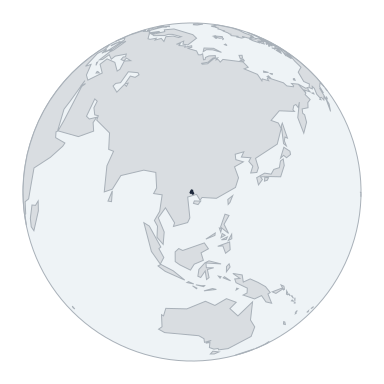 Lạng Sơn highlighted on a globe, orthographic projection, rotated 22°
{"feature_id": "VNM-454", "entity_name": "Lạng Sơn", "entity_type": "Province", "adm_level": 1, "iso_a3": "VNM", "parent_name": "Vietnam", "parent_adm1": "", "projection": "orthographic", "projection_center": [106.647, 21.903], "detail": "fine", "context": "on_globe", "style": "filled", "palette": "slate", "viewbox_px": 384, "rotation_deg": 22, "n_neighbors": 0, "source": "natural_earth", "source_scale": "10m", "svg_char_len": 11451}
<svg xmlns="http://www.w3.org/2000/svg" viewBox="0 0 384 384"><g transform="rotate(22 192 192)"><circle cx="192" cy="192" r="169" fill="#eef3f6" stroke="#a8b0b8"/><path d="M347.6,252.7L347.3,253.8L347.2,254.0L347.6,252.7ZM275.1,44.9L269.8,42.6L270.9,46.5L276.8,50.9L271.2,47.8L286.1,59.0L290.3,65.4L282.2,56.4L278.7,54.2L279.8,57.3L276.5,55.8L275.1,56.6L271.1,54.7L266.6,50.1L263.9,49.0L264.9,51.3L261.4,51.3L260.4,47.9L254.2,47.7L245.6,41.1L246.3,35.5L238.1,32.1L229.8,27.6L227.1,27.2L222.3,25.9L217.4,25.1L217.2,25.0L213.5,24.5L214.6,24.9L213.3,24.9L210.6,24.6L209.9,24.2L211.1,24.3L209.5,24.1L210.3,24.1L208.4,23.9L207.9,23.8L219.6,25.3L231.2,27.7L242.6,30.8L253.7,34.7L264.6,39.4L275.1,44.9ZM207.4,23.7L204.3,23.6L200.4,23.3L200.8,23.3L207.4,23.7ZM350.0,132.2L350.4,133.2L349.1,130.0L349.4,130.6L350.0,132.2ZM348.6,128.9L349.0,129.8L348.8,129.2L348.6,128.9ZM348.6,129.0L348.6,128.9L348.8,129.4L348.6,129.0ZM348.8,129.7L348.6,129.2L348.7,129.4L348.8,129.7ZM348.4,129.6L348.0,128.7L348.4,129.6ZM279.7,47.6L278.2,46.8L276.3,45.6L278.6,46.9L279.7,47.6ZM281.8,54.7L280.8,53.1L282.9,55.3L281.8,54.7ZM275.7,57.1L277.0,58.1L275.7,58.2L275.7,57.1ZM268.3,55.4L265.8,55.4L267.6,54.6L268.3,55.4ZM263.9,54.9L258.0,55.4L260.5,57.6L250.1,52.2L258.6,53.2L260.3,51.7L261.3,53.6L263.9,54.9ZM216.1,25.1L214.9,24.7L218.5,25.4L216.1,25.1ZM218.8,25.6L231.7,28.4L232.2,29.2L227.8,27.9L230.5,29.4L224.4,28.4L221.5,27.3L222.4,26.9L219.4,26.9L218.8,25.6ZM245.3,49.3L243.2,49.0L244.6,48.5L245.3,49.3ZM213.1,25.0L215.7,25.3L216.3,26.0L211.2,25.4L212.7,25.3L213.1,25.0ZM234.2,30.5L233.8,31.1L228.7,30.3L227.8,30.5L224.3,28.4L234.2,30.5ZM211.1,25.1L208.7,25.1L205.9,24.7L210.6,24.7L211.1,25.1ZM218.6,26.4L218.6,26.8L216.9,26.4L218.6,26.4ZM194.5,23.6L197.6,23.7L198.2,24.0L194.5,23.6ZM207.9,25.2L208.9,25.4L209.5,25.6L207.3,25.6L207.9,25.2ZM220.9,28.2L218.9,27.8L222.1,28.9L218.5,28.6L216.7,27.4L215.9,27.8L214.8,27.8L214.7,26.9L220.9,28.2ZM206.9,26.3L203.5,25.1L197.6,24.7L197.0,24.3L206.4,25.1L206.9,26.3ZM211.5,26.7L208.5,26.3L209.2,25.9L211.6,25.9L211.5,26.7ZM216.6,29.0L222.7,29.7L222.8,30.0L216.6,29.0ZM205.1,26.2L206.0,26.5L204.6,26.2L205.1,26.2ZM212.9,28.1L215.0,28.3L215.2,28.6L212.9,28.1ZM205.9,27.2L204.8,26.7L206.4,26.6L205.9,27.2ZM209.0,27.7L208.7,28.1L207.7,26.9L209.9,27.7L209.0,27.7ZM212.7,28.4L213.5,28.6L211.8,28.3L212.7,28.4ZM200.4,28.0L198.7,26.6L202.3,26.3L203.5,27.7L200.4,28.0ZM60.5,85.9L58.7,90.7L57.5,93.0L52.4,99.1L46.2,115.3L50.6,111.5L50.3,123.1L53.5,127.3L64.2,115.3L58.9,108.0L63.4,100.4L71.9,100.7L77.3,107.9L79.2,105.3L80.2,95.9L86.0,93.2L81.1,92.4L79.7,95.9L76.6,95.7L77.7,92.6L79.7,91.6L79.4,88.7L69.9,94.8L67.4,99.1L63.8,95.7L59.3,102.7L56.7,104.1L63.2,93.0L66.0,90.0L74.3,77.0L71.0,79.7L63.0,92.4L63.4,90.5L58.8,95.0L62.7,90.1L72.3,76.3L72.0,74.2L64.8,80.8L78.8,66.5L76.5,69.0L80.3,65.8L88.0,59.2L86.0,61.3L88.6,59.3L87.5,61.0L92.7,58.8L92.7,60.4L101.2,55.5L102.3,55.9L96.9,58.5L93.2,61.5L93.8,66.4L95.9,66.2L101.3,62.8L100.8,65.0L106.0,61.1L109.6,63.0L109.6,57.8L116.1,54.5L121.7,53.8L123.8,52.0L114.7,53.2L111.0,54.7L107.8,57.3L97.8,61.4L96.2,60.7L106.7,53.5L105.6,52.0L114.2,47.6L133.8,45.8L138.6,47.7L133.0,57.2L128.2,58.3L127.8,55.2L122.2,60.9L125.5,59.0L125.1,61.1L131.1,59.1L131.1,60.4L136.9,56.5L137.6,57.9L133.9,60.4L143.4,59.5L146.5,62.4L148.6,61.6L150.1,59.9L153.1,65.1L154.5,64.3L154.1,62.2L156.7,59.5L162.5,56.8L163.3,58.7L161.3,59.9L158.2,65.7L152.7,69.1L153.6,69.7L158.5,67.2L162.3,60.1L165.6,58.0L164.5,61.2L165.1,59.9L167.0,59.5L169.5,61.0L171.0,57.5L190.6,52.3L197.4,55.3L194.2,58.3L208.6,58.4L215.2,62.8L214.8,60.8L221.4,60.1L219.4,58.6L219.7,57.6L235.8,56.5L240.2,58.1L246.7,56.4L246.5,55.5L243.6,54.1L250.1,52.2L260.5,57.6L260.4,59.3L266.9,62.0L265.9,65.7L268.0,70.4L263.0,73.7L265.2,77.6L267.5,78.2L272.1,84.4L273.6,95.6L262.2,83.4L257.9,68.4L258.8,73.9L255.5,72.0L254.0,73.7L254.8,78.0L256.8,78.9L242.5,84.0L238.5,96.0L246.2,95.7L250.9,99.8L253.1,115.7L238.3,137.0L244.5,144.7L244.8,149.6L239.3,152.4L238.7,145.2L233.2,142.4L233.7,138.2L224.7,141.1L225.0,135.3L217.9,140.8L220.5,145.6L228.3,144.8L222.0,152.7L229.8,161.4L230.6,171.5L217.0,188.7L203.4,193.3L202.5,196.5L197.1,192.5L189.9,198.3L199.7,216.8L199.4,222.0L187.7,230.9L187.4,227.1L173.3,216.6L170.4,228.5L181.2,239.5L184.9,251.4L176.5,247.1L172.8,236.6L167.8,232.5L169.3,222.1L165.4,205.8L157.0,207.8L157.7,201.5L151.1,187.4L139.1,189.8L119.9,203.4L117.1,219.2L110.6,224.8L103.3,199.6L104.0,183.6L98.8,183.7L93.4,168.1L76.7,161.0L76.6,156.4L72.9,156.9L69.5,150.6L70.1,143.3L67.0,142.1L65.8,161.3L69.4,162.8L75.6,158.4L74.3,164.7L78.0,172.4L65.9,183.2L44.9,185.5L46.6,173.2L50.2,135.4L52.2,132.4L52.4,132.0L52.6,131.3L49.1,135.8L51.0,128.8L45.0,153.5L42.3,163.2L44.5,186.0L43.4,187.2L45.2,192.7L55.8,194.2L55.0,198.0L47.7,212.9L36.5,228.9L40.2,246.3L43.1,259.6L40.9,263.5L46.0,274.6L45.6,275.6L48.9,281.4L50.9,284.9L44.7,274.8L39.3,264.3L34.6,253.4L30.7,242.3L27.6,230.8L25.2,219.2L23.8,207.5L23.1,195.7L23.2,183.8L24.2,172.0L26.0,160.3L28.7,148.8L32.1,137.5L36.3,126.4L41.3,115.7L47.0,105.3L53.4,95.3L60.5,85.9ZM79.1,123.3L84.9,127.6L89.0,117.6L91.6,118.6L92.0,115.0L89.3,116.9L91.4,107.6L96.3,107.0L99.0,103.2L97.2,101.6L87.9,104.4L84.8,117.4L80.6,119.9L79.1,123.3ZM103.9,48.6L101.3,50.4L98.5,52.0L98.6,51.3L102.7,48.9L103.9,48.6ZM98.4,52.8L108.8,46.5L109.2,47.1L107.2,47.7L106.4,48.8L103.0,50.1L93.2,57.4L90.0,59.3L91.9,56.2L93.0,56.0L95.5,54.0L98.4,52.8ZM134.8,33.7L139.3,32.2L134.2,35.3L130.6,36.4L130.5,35.5L134.7,33.6L134.8,33.7ZM195.3,23.1L194.8,23.1L194.6,23.1L195.3,23.1ZM192.0,23.0L197.6,23.3L207.0,23.9L206.9,24.3L204.4,24.4L202.2,24.3L202.9,24.0L199.4,24.1L198.7,23.6L195.9,23.7L185.3,23.2L187.1,23.1L183.3,23.3L192.0,23.0ZM169.7,24.5L170.3,24.4L169.8,24.8L173.2,24.3L173.9,24.4L171.0,24.7L176.0,24.3L175.8,24.5L181.2,25.0L188.6,24.7L190.7,25.1L187.8,25.3L192.0,25.6L187.9,26.4L189.3,26.8L186.7,28.2L180.2,28.9L182.3,29.3L180.4,30.7L175.0,31.6L176.8,30.3L169.6,32.4L168.9,31.1L168.1,31.5L165.5,31.0L160.9,31.1L161.3,30.4L159.4,30.8L157.6,30.7L155.0,31.1L154.9,30.2L151.8,30.6L153.6,30.0L148.2,31.1L152.1,29.9L150.2,29.9L147.4,31.1L153.2,27.6L169.7,24.5ZM199.5,28.4L191.8,28.9L187.7,28.6L193.9,26.3L193.2,25.8L197.1,24.8L203.0,25.4L201.3,25.6L201.1,26.0L199.3,25.6L200.6,26.2L198.4,26.5L198.7,27.1L196.1,27.1L199.5,28.4ZM59.4,91.7L59.1,92.9L59.3,94.0L56.4,97.1L59.4,91.7ZM65.8,82.2L66.0,82.6L62.0,87.0L62.4,86.0L65.8,82.2ZM69.4,79.2L66.3,82.3L68.2,80.0L69.4,79.2ZM97.5,58.8L98.1,59.2L96.8,60.2L94.9,61.0L97.5,58.8ZM153.4,39.5L155.1,38.3L156.1,38.4L161.8,36.6L162.8,37.7L159.8,39.2L153.4,39.5ZM61.4,116.3L58.5,117.6L58.9,115.7L59.8,115.6L61.4,116.3ZM55.8,106.8L55.5,110.6L55.1,107.6L55.8,106.8ZM155.5,40.4L157.7,39.5L156.8,40.6L155.5,40.4ZM163.8,38.4L163.3,39.6L163.6,37.6L163.8,38.4ZM123.7,342.6L127.2,344.4L125.0,343.8L123.7,342.6ZM56.6,267.0L59.9,287.1L56.0,284.5L52.0,277.0L48.5,264.0L51.9,263.0L52.7,257.9L56.6,267.0ZM227.6,278.8L232.6,279.3L232.4,280.0L227.6,278.8ZM222.3,276.4L228.1,276.6L221.2,277.9L222.3,276.4ZM230.3,276.6L236.3,275.2L238.8,274.0L238.3,275.4L230.3,276.6ZM218.3,276.4L196.8,275.6L188.2,273.3L190.3,270.8L204.0,272.1L218.3,276.4ZM189.6,270.7L176.6,262.3L158.9,238.5L165.2,239.6L183.7,254.7L182.5,256.9L190.4,263.3L189.6,270.7ZM221.1,258.1L219.8,265.0L207.9,264.1L202.5,262.8L198.8,253.8L200.9,249.4L205.3,249.7L222.5,234.6L228.5,238.5L223.2,245.0L228.1,251.1L221.1,258.1ZM117.7,220.8L121.0,231.1L117.5,231.9L117.7,220.8ZM229.5,223.7L222.5,230.5L228.9,221.3L229.5,223.7ZM233.2,214.9L233.7,218.5L230.8,215.1L233.2,214.9ZM202.3,201.4L197.6,202.0L197.5,199.4L203.5,197.2L202.3,201.4ZM231.1,180.1L231.1,187.5L230.2,190.0L228.0,185.5L231.1,180.1ZM167.0,51.5L158.0,52.4L152.1,54.6L149.8,57.7L149.2,54.0L158.2,50.7L167.0,51.5ZM187.6,51.8L189.5,49.6L191.3,50.6L191.1,51.3L187.6,51.8ZM186.9,50.4L184.4,47.7L187.2,46.5L188.6,48.8L186.9,50.4ZM169.6,43.1L166.9,43.2L167.7,42.2L169.6,43.1ZM308.1,314.5L308.5,314.3L303.7,318.8L297.6,323.8L293.3,327.0L308.1,314.5ZM269.7,335.3L271.0,331.8L276.9,330.2L273.2,333.9L269.7,335.3ZM312.2,310.6L316.5,305.9L319.6,301.5L317.4,305.0L319.1,303.4L309.5,313.4L312.2,310.6ZM252.2,322.7L219.3,332.6L212.4,331.7L214.7,328.2L209.7,317.2L212.0,317.5L211.3,309.7L231.0,302.3L245.4,288.3L255.7,288.6L263.9,278.0L274.3,277.7L270.8,285.9L281.0,289.7L289.3,271.2L294.2,288.8L300.7,293.6L300.9,303.8L284.1,323.7L275.8,328.4L274.8,327.3L271.2,329.5L266.4,329.7L265.0,324.9L261.4,327.0L265.4,322.4L259.9,326.7L258.0,323.5L252.2,322.7ZM325.6,277.8L326.8,277.8L328.2,279.9L326.3,280.2L325.6,277.8ZM344.5,258.4L344.6,259.4L343.5,260.6L344.5,258.4ZM347.2,254.0L345.9,255.6L347.6,252.7L347.2,254.0ZM333.5,264.7L334.0,265.6L333.4,266.2L333.5,264.7ZM333.1,264.5L334.0,262.4L333.7,264.3L333.1,264.5ZM328.0,256.9L328.9,255.7L329.2,256.3L328.0,256.9ZM240.1,279.2L247.2,273.8L251.1,273.2L240.1,279.2ZM327.0,255.2L325.0,255.7L325.3,254.6L327.0,255.2ZM327.3,252.8L327.1,251.4L328.2,254.4L327.3,252.8ZM323.5,250.7L325.9,252.6L323.2,251.1L323.5,250.7ZM322.0,251.5L320.2,250.8L320.4,250.3L322.0,251.5ZM300.6,258.1L307.5,265.3L301.7,266.2L295.3,262.0L290.0,267.7L278.0,268.4L280.9,265.0L279.3,260.4L266.8,259.6L264.2,256.6L268.8,254.2L260.4,252.2L269.6,250.1L273.3,256.3L278.5,250.8L287.2,251.1L295.6,252.2L302.2,255.9L300.6,258.1ZM269.5,264.4L271.1,264.3L269.6,266.3L269.5,264.4ZM316.8,248.2L319.4,250.6L319.1,251.5L317.8,251.3L316.8,248.2ZM303.8,254.5L310.9,247.9L312.6,247.7L307.8,254.6L303.8,254.5ZM309.3,244.8L312.5,244.9L314.2,247.6L313.5,248.5L309.3,244.8ZM250.7,259.6L250.3,261.4L247.9,260.1L250.7,259.6ZM253.8,258.4L261.1,259.9L253.1,259.9L253.8,258.4ZM231.5,252.6L233.7,256.9L240.5,254.1L235.3,258.1L239.9,265.0L238.3,267.7L233.8,260.2L232.1,268.0L229.0,267.9L227.4,261.2L230.5,252.9L233.5,249.5L245.9,247.8L231.5,252.6ZM253.8,253.1L251.9,248.2L253.3,244.7L255.4,247.3L253.8,253.1ZM246.1,236.2L240.8,230.4L236.2,232.7L245.6,224.2L249.0,231.2L246.1,236.2ZM241.5,223.2L237.2,225.3L241.6,220.4L241.5,223.2ZM236.0,223.4L235.5,219.2L238.9,219.7L236.0,223.4ZM243.8,223.4L244.6,216.3L246.4,220.4L243.8,223.4ZM233.8,209.9L241.4,216.7L231.6,213.8L230.9,200.2L235.1,199.9L233.8,209.9ZM255.1,154.8L254.0,151.0L257.6,150.1L257.4,152.9L255.1,154.8ZM268.5,144.7L258.2,148.6L249.8,152.3L252.6,154.0L251.0,160.5L246.6,154.5L252.3,147.3L258.7,145.8L259.4,140.4L263.9,136.7L262.4,130.1L264.2,127.2L267.6,132.9L268.5,144.7ZM261.4,127.4L260.4,116.1L267.5,117.5L269.3,120.3L266.8,124.8L263.2,123.7L261.4,127.4ZM262.2,113.9L258.8,112.9L250.0,97.1L249.9,94.3L260.3,106.3L257.6,106.2L258.5,110.0L262.2,113.9ZM244.1,50.0L243.3,49.0L245.2,49.9L244.1,50.0ZM218.5,56.9L219.2,55.7L221.3,56.5L218.5,56.9ZM222.4,53.0L219.5,52.9L222.3,52.2L222.4,53.0ZM213.0,53.1L218.2,52.5L213.7,54.2L213.0,53.1Z" fill="#d9dde1" stroke="#a8b0b8" stroke-width="1"/><path d="M191.7,190.5L191.8,190.8L192.0,190.8L192.0,191.1L192.0,191.3L192.1,191.5L192.0,191.8L192.2,191.7L192.3,191.7L192.3,191.8L192.5,191.8L192.7,192.0L192.8,192.0L192.8,191.9L193.0,191.9L193.0,192.0L192.9,192.2L193.0,192.3L193.4,192.6L193.5,192.6L193.8,192.6L193.9,192.8L193.6,193.0L193.7,193.3L193.6,193.5L193.3,193.6L193.2,193.6L193.0,193.4L192.9,193.4L192.7,193.3L192.7,193.2L192.5,192.9L192.4,192.9L192.4,193.0L192.2,193.0L192.1,192.9L191.9,192.9L191.7,193.0L191.6,193.3L191.4,193.4L191.3,193.5L191.2,193.4L190.9,193.2L190.7,193.2L190.8,192.8L190.9,192.7L190.7,192.3L190.6,192.2L190.5,191.9L190.6,191.6L190.7,191.4L190.8,191.4L190.9,191.1L190.9,190.9L190.8,190.6L190.9,190.4L191.0,190.4L191.2,190.6L191.3,190.6L191.5,190.6L191.7,190.5Z" fill="#64748b" stroke="#1e293b" stroke-width="1.5"/></g></svg>